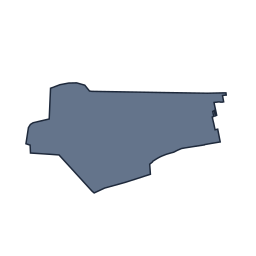 Ánimas Trujano, Oaxaca, Mexico (Equal Earth projection), rotated 78°
{"feature_id": "50627088B99049089169873", "entity_name": "Ánimas Trujano", "entity_type": "district", "adm_level": 2, "iso_a3": "MEX", "parent_name": "Mexico", "parent_adm1": "Oaxaca", "projection": "equal_earth", "projection_center": [-96.715, 16.988], "detail": "fine", "context": "isolated", "style": "filled", "palette": "slate", "viewbox_px": 256, "rotation_deg": 78, "n_neighbors": 0, "source": "geoboundaries", "source_scale": "gbopen_adm2", "svg_char_len": 1051}
<svg xmlns="http://www.w3.org/2000/svg" viewBox="0 0 256 256"><g transform="rotate(78 128 128)"><path d="M184.5,174.6L181.9,163.4L180.6,141.9L177.9,115.7L167.9,114.3L167.8,114.1L166.3,111.1L165.7,110.7L164.5,107.5L163.9,105.9L163.0,103.0L162.5,100.8L161.7,96.1L161.3,91.1L161.2,88.9L161.1,88.0L160.1,84.4L159.2,79.9L159.3,76.3L160.4,56.8L160.2,56.7L160.2,55.6L160.4,49.9L160.7,43.2L160.8,40.7L147.8,40.5L147.8,43.2L145.3,43.2L141.2,43.2L137.9,43.3L137.5,43.3L135.0,43.3L134.8,43.3L134.5,41.7L129.4,41.7L129.3,41.3L128.9,40.1L134.3,40.1L134.0,38.6L123.2,38.6L120.9,38.5L121.0,37.1L121.2,35.6L121.2,34.8L121.3,34.0L121.4,33.3L121.8,32.5L122.1,31.3L122.3,30.5L122.3,29.8L122.3,29.0L115.9,28.8L115.9,28.0L116.0,26.6L116.2,25.1L114.0,24.9L113.5,27.3L110.5,43.1L100.3,87.7L84.6,155.9L83.8,158.0L77.1,161.4L73.2,168.8L71.7,176.7L71.5,185.5L73.0,195.3L73.0,195.5L102.8,203.2L103.1,219.6L104.2,222.7L106.9,225.3L122.2,231.1L124.4,227.3L132.2,228.6L137.4,210.1L140.0,201.1L182.3,176.3L184.5,174.6Z" fill="#64748b" stroke="#1e293b" stroke-width="1.5"/></g></svg>